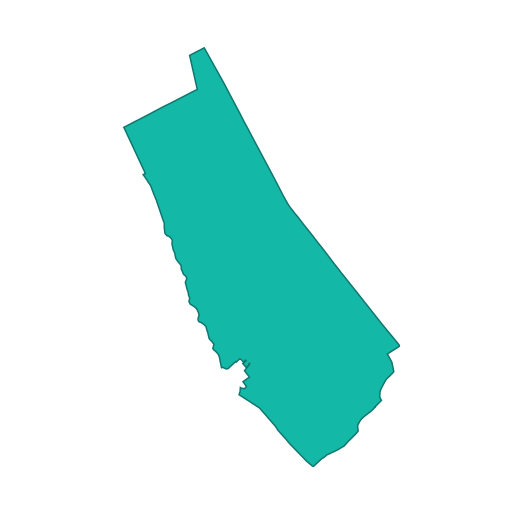 the district of Manasia, Ialomita, Romania, rotated 293°
{"feature_id": "2599482B60853828676404", "entity_name": "Manasia", "entity_type": "district", "adm_level": 2, "iso_a3": "ROU", "parent_name": "Romania", "parent_adm1": "Ialomita", "projection": "mercator", "projection_center": [26.681, 44.722], "detail": "fine", "context": "isolated", "style": "filled", "palette": "teal", "viewbox_px": 512, "rotation_deg": 293, "n_neighbors": 0, "source": "geoboundaries", "source_scale": "gbopen_adm2", "svg_char_len": 4534}
<svg xmlns="http://www.w3.org/2000/svg" viewBox="0 0 512 512"><g transform="rotate(293 256 256)"><path d="M199.6,426.7L200.0,426.9L201.1,427.3L202.1,427.6L203.2,427.9L203.5,428.0L211.4,422.5L217.2,415.2L228.3,422.9L228.9,423.2L229.5,423.0L230.0,422.5L230.6,421.5L235.0,413.1L238.5,406.3L241.5,400.6L243.3,397.2L245.3,393.6L247.2,390.0L247.9,388.8L248.8,387.2L249.8,385.2L251.1,383.0L251.7,381.9L253.1,379.3L254.6,376.6L255.8,374.3L258.0,370.4L260.1,366.5L262.0,363.1L262.4,362.3L262.5,362.1L266.7,354.3L267.3,353.2L269.3,349.5L272.6,343.5L272.7,343.3L273.0,342.6L273.4,341.8L273.7,341.3L276.5,336.4L277.3,334.9L278.2,333.3L279.6,330.7L281.5,327.4L286.8,318.2L288.1,315.8L289.3,313.8L289.6,313.1L290.6,311.3L291.5,309.6L293.4,306.1L296.4,300.9L298.7,296.7L303.4,287.9L306.5,282.4L308.4,279.1L310.6,274.7L311.4,273.3L314.1,268.5L315.3,266.5L316.6,264.7L318.5,262.2L322.6,257.0L330.4,247.6L338.2,238.1L350.4,223.0L350.6,222.8L355.2,217.1L361.6,209.1L369.9,199.0L375.5,191.9L381.1,185.3L387.8,177.0L395.8,167.2L401.5,160.3L427.4,127.0L420.3,121.1L416.8,118.2L414.7,116.5L413.5,117.4L386.3,136.9L384.1,134.8L379.7,131.2L362.6,117.0L358.4,113.3L350.1,106.5L348.4,105.1L348.2,105.1L343.5,101.2L332.4,92.0L323.8,84.9L322.8,84.0L322.7,84.2L295.7,114.2L295.5,114.4L288.8,121.9L287.2,120.6L286.8,120.3L285.8,122.0L282.8,126.7L281.6,128.3L280.8,129.7L279.7,131.4L277.7,133.3L272.5,138.3L267.6,143.3L266.3,144.3L261.0,149.1L254.2,155.1L251.0,158.1L249.9,159.0L249.3,159.3L248.3,159.5L247.0,160.1L243.9,161.8L242.1,162.8L241.3,163.4L240.9,163.9L240.6,164.8L240.1,165.6L239.9,166.2L240.0,167.4L240.1,168.3L239.7,169.6L239.3,170.5L238.7,171.6L238.1,172.3L237.5,172.8L236.9,173.2L236.0,173.4L235.2,173.6L234.6,173.8L234.1,174.1L233.6,174.4L231.7,175.8L229.5,177.3L228.8,178.0L227.4,179.6L225.5,181.1L224.6,181.5L223.5,182.4L222.5,183.1L222.0,183.7L221.6,184.3L221.2,184.9L220.5,186.2L220.0,187.0L219.6,187.7L219.3,188.4L218.9,189.0L218.5,189.9L217.9,190.7L217.4,191.1L216.9,191.4L214.7,192.3L213.4,193.9L211.9,195.3L211.3,195.9L210.7,196.9L210.3,198.4L209.8,199.5L209.3,200.1L208.1,201.1L207.6,201.2L206.0,201.2L204.4,201.2L203.6,201.6L202.5,202.4L202.2,202.7L201.4,203.3L198.3,205.7L197.8,206.1L197.4,206.5L196.3,207.6L195.3,208.2L193.9,209.0L193.2,209.6L192.8,210.0L191.8,211.0L191.4,211.4L191.1,211.5L189.1,211.8L188.3,212.0L187.9,212.1L187.3,212.6L186.9,213.2L186.3,213.9L186.0,214.4L185.8,214.9L185.8,215.7L185.3,218.9L184.5,221.3L183.6,222.8L182.7,223.7L182.0,224.5L180.7,225.7L180.3,226.1L179.3,226.6L178.5,226.8L178.2,226.9L177.0,226.9L176.2,227.0L175.8,227.1L175.0,227.4L174.2,228.0L173.5,228.7L173.2,229.4L173.2,229.9L173.3,230.8L173.3,231.3L172.8,234.1L172.1,236.2L171.6,237.2L171.0,237.9L168.3,240.0L166.1,242.0L164.1,243.3L162.8,244.3L161.7,245.1L160.8,246.7L160.4,248.1L159.1,250.3L158.8,251.0L158.0,251.8L157.7,252.0L156.7,252.0L154.9,252.2L154.1,252.3L153.7,252.8L153.1,253.8L152.9,254.2L152.7,255.1L152.5,256.0L151.7,257.7L150.7,259.8L149.7,260.8L148.9,261.6L144.3,264.7L142.4,266.0L139.7,267.9L140.0,268.3L140.3,268.6L140.5,269.0L140.5,269.4L140.4,270.8L140.4,271.7L140.4,272.3L140.5,272.8L140.6,273.1L140.8,273.5L141.1,273.9L141.2,274.1L141.4,274.3L149.8,278.0L150.7,278.6L150.5,279.2L154.7,281.1L155.0,282.5L153.4,286.0L154.4,286.5L155.2,286.7L156.0,287.0L155.6,287.8L153.1,286.5L151.9,285.8L149.4,290.8L150.8,291.2L151.7,291.5L152.7,291.7L154.6,291.8L154.5,292.3L152.6,292.0L151.1,291.7L149.6,291.3L148.0,290.8L146.4,290.3L145.9,290.2L142.0,297.3L135.2,293.1L132.2,298.2L129.4,297.3L129.1,296.5L128.9,294.9L128.5,294.1L128.8,293.0L127.3,293.5L125.9,294.0L125.1,294.3L124.6,294.4L124.0,294.4L121.7,294.6L117.5,318.5L112.6,328.7L107.6,338.8L106.8,340.5L104.0,344.6L100.9,351.3L100.2,352.9L96.3,360.5L93.5,367.1L88.6,378.8L87.0,382.5L86.2,385.0L84.6,390.1L85.0,391.2L95.2,395.8L96.0,396.3L97.0,397.1L98.0,397.7L98.9,398.2L99.4,398.4L100.0,398.6L100.7,399.0L101.2,399.5L101.7,400.0L102.2,400.5L102.9,401.2L103.4,401.6L104.6,402.5L105.8,403.6L106.9,404.7L108.3,405.9L109.5,406.9L115.6,411.4L120.9,413.2L130.8,417.2L134.4,418.4L134.8,418.4L135.8,417.8L136.9,417.2L138.3,416.5L139.4,415.9L139.7,415.8L141.2,415.8L142.8,416.0L144.1,416.1L146.0,416.4L147.4,416.9L148.8,417.5L150.6,418.3L153.8,420.1L158.8,422.9L161.1,423.8L163.5,424.8L163.6,424.5L172.1,427.9L173.6,425.9L174.9,424.9L177.2,424.0L179.3,423.3L180.8,423.1L182.3,423.1L183.7,423.1L186.2,423.3L188.2,423.5L190.1,423.7L192.5,423.9L193.3,424.1L194.1,424.3L195.7,425.0L196.4,425.4L197.2,425.7L198.0,426.1L199.6,426.7Z" fill="#14b8a6" stroke="#0f766e" stroke-width="1.5"/></g></svg>